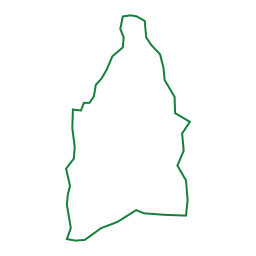 Kalo Chorio Soleas, Cyprus
{"feature_id": "46923920B82951092544014", "entity_name": "Kalo Chorio Soleas", "entity_type": "district", "adm_level": 2, "iso_a3": "CYP", "parent_name": "Cyprus", "parent_adm1": "", "projection": "mercator", "projection_center": [32.871, 35.119], "detail": "fine", "context": "isolated", "style": "outline", "palette": "green", "viewbox_px": 256, "rotation_deg": 0, "n_neighbors": 0, "source": "geoboundaries", "source_scale": "gbopen_adm2", "svg_char_len": 655}
<svg xmlns="http://www.w3.org/2000/svg" viewBox="0 0 256 256"><path d="M72.9,109.5L72.3,128.0L74.7,146.8L73.9,158.5L66.1,168.7L70.0,185.9L67.7,195.3L66.9,204.7L70.8,228.1L66.9,239.1L75.5,240.6L84.8,239.9L101.1,228.1L117.5,221.9L136.2,210.1L144.0,213.3L164.2,214.8L186.0,215.6L187.6,200.0L186.0,180.4L177.4,165.6L183.7,150.7L182.1,133.5L189.9,121.8L175.1,113.2L174.6,96.9L164.6,79.9L163.6,68.4L160.1,54.4L151.2,44.9L146.2,37.4L144.7,20.9L136.7,16.4L130.7,15.4L122.8,16.4L120.3,28.9L123.7,37.4L122.8,47.4L112.3,56.4L106.8,69.4L101.3,78.9L95.8,84.9L93.9,96.4L89.4,102.9L83.9,102.9L80.9,110.5L72.9,109.5Z" fill="none" stroke="#15803d" stroke-width="2"/></svg>